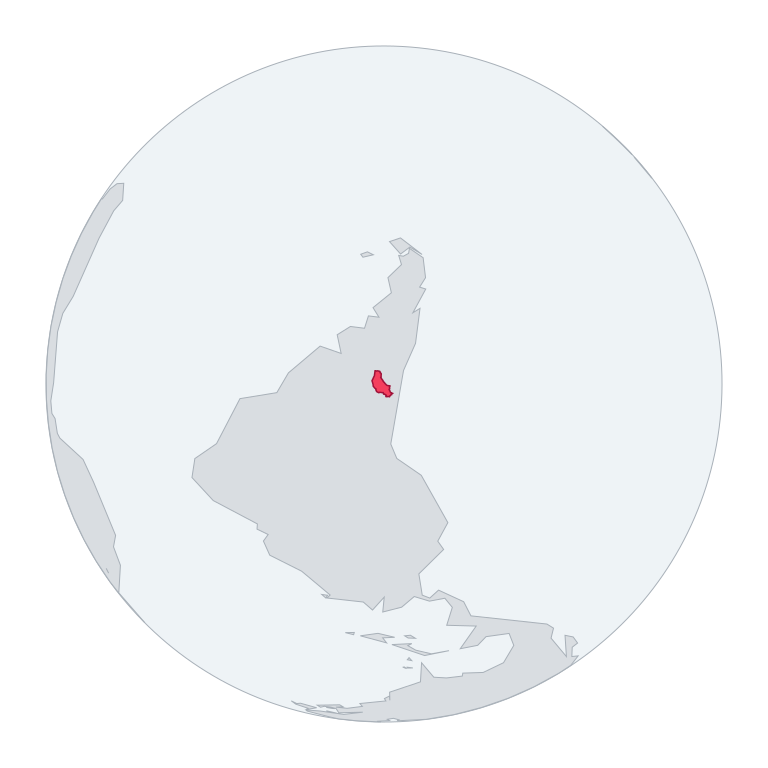 La Rioja on an orthographic globe, rotated 186°
{"feature_id": "ARG-1302", "entity_name": "La Rioja", "entity_type": "Province", "adm_level": 1, "iso_a3": "ARG", "parent_name": "Argentina", "parent_adm1": "", "projection": "orthographic", "projection_center": [-67.822, -29.835], "detail": "fine", "context": "on_globe", "style": "filled", "palette": "rose", "viewbox_px": 768, "rotation_deg": 186, "n_neighbors": 0, "source": "natural_earth", "source_scale": "10m", "svg_char_len": 6111}
<svg xmlns="http://www.w3.org/2000/svg" viewBox="0 0 768 768"><g transform="rotate(186 384 384)"><circle cx="384" cy="384" r="338" fill="#eef3f6" stroke="#a8b0b8"/><path d="M307.1,54.9L307.9,54.8L335.8,50.4L334.1,51.6L339.7,52.5L345.6,50.9L343.3,49.8L355.8,47.8L351.5,47.7L355.8,47.3L379.2,46.1L379.5,46.2L384.5,46.3L392.6,46.2L394.0,46.2L403.7,47.3L426.2,50.7L427.6,51.7L413.3,52.1L389.4,51.2L370.8,55.4L394.6,52.3L397.7,56.2L403.1,57.1L409.8,57.2L413.3,55.9L416.8,57.6L394.5,60.3L391.0,58.7L398.1,57.6L386.8,57.6L371.8,61.1L374.6,63.7L349.0,69.0L350.7,71.2L346.0,74.2L345.1,70.0L346.2,78.1L316.6,91.6L317.5,110.7L303.8,97.6L291.1,98.2L275.6,101.7L275.4,104.7L255.2,107.5L236.0,119.3L227.6,137.6L233.5,149.0L256.1,143.4L263.5,133.9L280.5,128.7L267.0,152.9L296.4,150.6L292.7,169.0L301.1,177.3L316.1,172.8L331.7,175.8L343.1,163.9L361.4,157.1L361.5,172.1L371.8,158.0L381.8,165.0L418.4,165.2L415.5,168.5L446.3,189.2L479.7,201.8L487.5,215.2L483.5,222.2L495.1,226.4L495.3,231.6L541.6,250.2L565.2,270.9L564.3,290.1L544.3,307.2L525.7,354.4L489.7,364.2L480.2,385.1L451.5,415.0L429.8,409.9L435.7,428.1L423.4,437.7L409.2,437.4L406.6,450.1L396.0,449.9L402.9,458.8L386.2,475.5L391.2,490.2L379.1,504.6L382.8,513.4L378.1,513.1L373.2,516.5L372.9,521.6L358.3,513.7L353.8,494.1L358.7,484.1L352.4,482.8L362.7,457.9L356.1,463.0L356.9,427.7L366.0,399.5L371.0,325.0L363.5,311.3L337.4,297.1L306.0,252.8L314.1,233.3L307.4,225.7L329.5,198.8L323.9,178.0L316.1,175.9L308.2,184.7L282.0,175.8L273.3,162.5L196.9,162.3L189.9,158.9L191.3,148.7L174.1,132.0L177.7,153.0L169.4,152.2L164.4,146.6L169.3,141.9L168.7,132.6L162.5,133.9L168.9,123.7L180.0,114.6L203.3,98.5L227.8,84.4L253.4,72.4L279.9,62.5L307.1,54.9ZM315.2,118.2L348.9,125.7L329.2,128.7L333.0,126.3L324.6,122.6L308.7,120.6L291.5,125.6L315.2,118.2ZM331.5,104.8L325.6,104.6L331.5,103.9L331.5,104.8ZM382.9,531.0L359.7,516.8L372.6,522.9L381.1,515.0L393.4,526.2L382.9,531.0ZM408.1,511.4L418.2,507.9L420.7,510.6L414.3,513.7L408.1,511.4ZM629.9,152.3L626.5,149.0L615.5,138.7L596.9,121.6L629.9,152.3ZM691.3,524.5L684.2,539.0L683.4,538.6L676.7,549.4L670.5,555.3L663.8,556.4L663.1,539.3L670.9,528.0L682.6,499.3L702.3,438.6L710.8,420.7L714.1,401.8L712.7,350.8L713.6,332.3L711.2,320.0L707.5,315.2L703.7,300.8L700.7,296.3L675.4,277.5L662.5,255.9L635.1,205.4L636.0,193.8L627.2,176.2L625.9,148.4L635.7,158.5L636.2,159.1L651.8,177.9L666.0,197.8L678.7,218.6L689.9,240.4L699.5,262.8L707.4,285.9L713.6,309.6L718.1,333.6L720.9,357.9L721.9,382.3L721.2,406.7L718.6,431.0L714.4,455.1L708.4,478.7L700.7,501.9L691.3,524.5ZM638.1,167.1L641.0,171.6L638.1,167.1ZM419.5,165.1L423.9,168.2L418.0,168.0L419.5,165.1ZM326.2,134.4L333.4,133.9L337.1,135.7L331.5,136.9L326.2,134.4ZM388.0,131.5L396.5,132.7L387.6,133.8L388.0,131.5ZM354.3,126.8L381.2,131.1L363.9,135.4L346.9,133.2L358.8,131.4L354.3,126.8ZM327.5,111.8L332.0,112.2L330.5,114.5L327.5,111.8ZM335.8,104.4L334.0,104.7L331.9,103.3L335.8,104.4ZM399.0,56.0L400.8,55.9L407.6,56.3L404.3,56.8L399.0,56.0ZM438.3,56.4L443.1,59.2L437.4,57.1L433.7,57.8L417.1,55.0L427.4,52.1L425.7,53.6L438.3,56.4ZM397.8,51.6L407.2,53.0L396.5,51.7L397.8,51.6ZM163.0,639.7L161.3,638.0L171.1,646.0L183.7,655.8L193.7,663.2L168.3,644.1L163.0,639.7ZM142.5,620.3L139.1,616.6L159.0,635.8L154.7,632.2L142.5,620.3Z" fill="#d9dde1" stroke="#a8b0b8" stroke-width="1"/><path d="M375.7,374.5L375.7,374.4L375.8,374.2L376.0,374.0L376.1,373.5L376.2,373.4L376.3,373.2L376.7,373.0L376.9,372.9L377.0,372.8L377.2,371.9L378.6,372.0L379.0,371.9L379.5,371.8L379.6,371.7L379.8,371.8L380.0,371.9L380.3,371.7L380.5,371.6L380.8,371.7L380.8,371.8L380.7,372.2L380.7,372.3L380.8,372.5L380.8,373.0L380.7,373.1L380.8,373.2L380.9,373.3L381.0,373.3L381.3,373.3L381.4,373.5L381.5,373.6L381.9,373.7L382.0,373.7L382.2,373.8L382.3,373.8L382.4,374.0L382.5,374.0L382.8,374.0L383.0,373.9L383.3,373.9L383.4,374.0L383.5,374.4L383.5,374.6L383.8,375.0L383.9,375.3L384.0,375.4L384.3,375.3L384.6,375.2L386.9,375.3L387.3,375.3L387.7,375.2L387.8,375.2L388.0,375.0L388.0,374.9L388.4,374.8L389.4,375.2L390.4,375.6L390.6,375.8L390.8,376.0L390.9,376.4L391.0,376.8L391.2,377.2L391.4,377.4L391.5,377.4L391.5,377.5L391.6,377.9L391.5,378.0L391.5,378.3L392.5,378.8L392.8,379.0L393.4,379.6L393.5,379.7L394.4,380.6L394.6,380.9L394.6,381.0L394.6,381.4L394.6,381.5L394.7,381.9L394.7,382.1L395.0,382.9L395.3,383.6L395.5,384.2L396.3,385.9L395.9,387.1L395.8,387.3L395.7,387.5L395.6,387.8L395.5,388.2L395.4,388.4L395.4,388.5L395.0,389.7L394.9,390.0L394.4,391.2L394.4,391.5L394.4,392.6L394.3,394.6L394.3,396.2L393.8,396.3L393.6,396.3L393.5,396.2L393.4,396.2L393.0,396.1L392.9,396.1L392.6,396.1L392.3,396.3L392.0,396.4L391.8,396.4L391.5,396.4L391.3,396.4L391.2,396.4L390.9,396.3L390.6,396.3L390.5,396.2L390.4,396.2L390.3,396.3L390.2,396.3L389.9,396.2L389.5,396.1L389.3,395.7L389.2,395.5L389.2,395.4L388.9,395.3L388.9,395.1L388.9,394.8L388.9,394.7L388.5,394.6L388.4,394.5L387.9,394.1L387.9,393.9L387.9,393.6L387.7,393.1L387.8,391.4L387.6,391.1L387.6,390.9L387.8,390.3L387.7,390.3L387.7,390.2L387.6,389.9L387.4,389.8L387.2,389.3L387.2,389.2L386.9,389.0L386.7,388.8L386.7,388.7L386.4,388.3L386.3,388.2L386.2,388.1L386.0,387.9L385.9,387.9L385.8,387.6L385.7,387.5L385.4,387.3L385.3,387.2L385.2,386.9L385.2,386.7L385.0,386.4L384.2,385.9L384.1,385.6L383.7,385.4L383.5,385.2L383.3,385.0L383.3,384.9L383.1,384.8L383.0,384.7L382.9,384.5L382.7,384.3L382.6,384.2L382.4,384.1L382.2,384.0L382.2,383.9L381.8,383.6L381.6,383.4L381.4,383.2L381.2,383.1L380.5,382.9L380.4,382.9L380.2,382.9L379.9,382.9L379.6,382.7L379.4,382.7L379.2,382.7L379.0,382.8L378.9,382.8L378.7,382.8L378.2,382.8L377.9,382.8L377.8,382.7L377.9,382.2L378.0,382.0L378.0,381.9L378.1,381.7L378.1,381.2L378.2,380.9L378.1,380.7L377.9,380.5L377.9,380.3L377.9,380.0L377.9,379.8L378.1,379.6L378.3,379.4L378.4,379.2L378.2,378.9L378.0,378.7L377.9,378.5L377.9,378.3L377.8,378.2L377.7,378.1L377.4,377.8L377.3,377.6L377.3,377.4L377.2,377.2L377.1,376.9L376.9,376.7L376.1,376.1L375.8,376.1L375.7,376.1L375.5,375.8L375.4,375.8L375.2,375.8L374.9,375.7L374.5,375.6L374.7,375.4L375.0,375.1L375.2,374.8L375.3,374.7L375.3,374.4L375.5,374.4L375.6,374.5L375.7,374.5Z" fill="#f43f5e" stroke="#9f1239" stroke-width="1.5"/></g></svg>